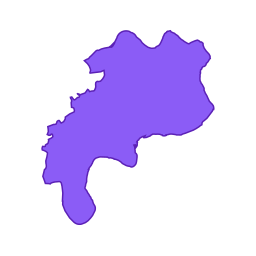 Ashmun, Al Minufiyah, Egypt, rotated 278°
{"feature_id": "37247803B18007255516355", "entity_name": "Ashmun", "entity_type": "district", "adm_level": 2, "iso_a3": "EGY", "parent_name": "Egypt", "parent_adm1": "Al Minufiyah", "projection": "robinson", "projection_center": [30.999, 30.299], "detail": "fine", "context": "isolated", "style": "filled", "palette": "violet", "viewbox_px": 256, "rotation_deg": 278, "n_neighbors": 0, "source": "geoboundaries", "source_scale": "gbopen_adm2", "svg_char_len": 5841}
<svg xmlns="http://www.w3.org/2000/svg" viewBox="0 0 256 256"><g transform="rotate(278 128 128)"><path d="M140.6,69.2L140.6,70.0L140.3,71.3L140.1,71.6L137.9,72.5L136.6,72.5L136.1,71.9L135.6,71.1L133.8,68.3L130.1,64.4L128.2,64.6L125.3,63.4L123.7,61.3L123.7,60.9L125.8,58.9L125.7,57.9L124.6,56.8L123.9,56.8L121.8,56.2L121.3,54.8L121.2,53.9L118.2,48.4L115.8,49.1L113.2,49.6L110.3,48.9L109.7,50.8L110.2,52.3L110.9,52.5L111.3,53.1L111.2,54.0L109.4,54.7L108.7,54.7L107.4,53.5L105.6,50.8L104.5,51.2L101.8,50.9L100.7,50.0L100.7,49.6L99.6,48.6L98.3,48.6L98.0,48.0L97.9,46.0L96.0,45.7L94.4,46.1L94.2,46.8L94.1,47.7L93.7,49.0L93.3,50.1L92.8,50.9L92.4,51.6L91.3,51.8L88.1,51.7L83.9,51.2L81.5,51.7L80.0,52.2L78.2,52.5L76.2,52.1L75.3,51.1L68.3,50.4L64.4,52.5L61.6,53.9L61.9,57.3L61.8,58.8L62.8,59.5L63.7,61.3L64.4,63.1L65.3,67.0L65.4,67.6L65.3,68.2L65.1,68.7L64.8,69.1L64.2,69.6L61.1,70.8L54.5,72.5L46.5,73.2L46.5,73.6L43.0,74.0L37.2,77.2L30.9,82.7L27.2,87.6L26.5,88.9L26.0,90.4L25.8,91.9L25.9,93.4L26.1,94.5L26.5,95.6L28.4,99.0L30.7,101.4L33.7,103.5L36.5,105.1L41.6,106.8L43.1,106.9L44.6,106.7L45.9,106.2L48.3,104.3L50.1,103.4L51.5,102.9L52.0,102.2L52.5,101.6L53.2,101.2L54.2,100.8L54.6,100.4L54.9,99.9L56.7,98.6L58.4,97.0L60.0,96.0L60.6,95.4L61.7,94.2L62.2,93.8L62.8,93.7L63.5,93.7L64.8,94.0L65.8,93.9L66.4,94.0L67.1,94.0L68.0,94.3L69.0,94.5L72.0,94.1L74.7,94.1L76.6,94.3L78.7,94.4L81.6,95.1L81.6,94.6L83.0,95.1L86.0,96.8L87.0,97.1L88.1,97.6L89.3,97.8L90.7,98.3L92.0,98.9L92.9,99.6L93.5,100.2L94.0,100.9L95.5,104.2L96.3,111.8L95.9,112.6L95.7,113.3L95.8,114.1L96.1,114.7L96.0,115.7L95.7,118.1L95.4,118.3L95.2,118.7L95.3,119.3L95.2,120.6L94.9,121.8L94.6,123.1L94.1,124.2L93.5,125.5L92.8,126.5L92.1,127.3L90.6,131.4L90.3,133.2L90.3,135.1L90.0,135.8L89.9,136.4L89.9,137.2L90.3,138.1L90.8,138.9L91.6,139.6L92.4,140.2L93.3,140.7L94.6,141.0L96.2,141.1L100.5,141.0L102.0,140.8L102.9,140.4L103.8,139.7L104.5,138.6L106.4,138.2L107.1,138.1L107.5,137.9L107.9,137.7L108.9,137.6L109.8,137.4L110.9,136.9L111.9,136.2L112.1,136.8L112.3,137.4L111.8,137.5L111.3,137.5L111.2,137.6L111.4,137.8L111.9,137.9L111.9,138.1L110.8,138.3L110.9,138.6L110.1,138.7L110.3,138.8L110.8,139.0L111.5,139.4L112.6,139.5L113.2,139.3L113.7,139.3L114.3,139.2L114.7,139.4L115.1,139.3L115.6,139.1L115.6,138.9L115.6,138.7L116.1,138.9L117.2,139.5L117.4,139.9L117.6,140.2L118.3,140.4L119.7,141.3L120.9,142.8L121.6,143.7L122.0,144.9L122.6,145.9L121.3,145.4L121.1,145.0L121.0,144.6L120.7,144.7L120.6,144.9L120.7,145.6L121.0,146.4L121.1,147.1L121.3,147.7L122.6,149.9L123.1,150.9L123.6,151.4L124.2,151.8L124.4,152.2L124.8,152.5L124.9,152.9L125.3,153.2L125.6,154.8L125.7,156.4L126.1,158.4L126.2,160.4L125.9,161.7L125.8,162.9L125.3,163.1L125.2,164.0L125.2,164.7L125.5,165.9L126.0,166.9L126.5,166.7L127.0,168.4L127.7,170.1L127.9,170.8L128.1,172.2L128.1,173.7L128.1,175.3L128.1,176.0L127.9,177.0L128.4,180.9L128.6,181.7L128.9,182.1L129.3,182.5L129.7,183.1L130.8,185.5L135.0,193.0L137.1,195.8L138.1,196.9L138.9,197.9L140.5,199.4L141.5,200.7L142.9,200.6L143.7,200.7L144.4,201.0L145.2,201.6L145.8,202.3L148.6,204.8L156.3,209.1L158.4,209.7L158.5,209.7L158.6,209.8L157.6,210.1L158.6,210.3L159.5,210.2L160.9,209.8L161.8,209.4L163.3,208.1L164.0,207.0L164.9,206.1L165.6,205.0L169.3,202.6L170.8,201.7L173.4,199.6L175.0,198.7L176.2,197.9L177.2,198.0L178.5,197.5L181.4,195.4L181.9,194.9L182.3,194.3L183.2,193.9L184.8,192.8L187.1,192.3L189.0,192.2L190.8,191.9L192.7,192.2L192.9,192.1L193.0,191.8L193.2,191.7L194.4,191.9L195.7,191.8L196.1,192.2L196.6,192.7L197.6,192.7L197.7,192.9L197.9,193.1L198.5,193.2L198.9,193.5L199.3,194.1L199.6,194.9L199.9,195.4L201.0,196.2L201.5,196.4L201.9,196.4L202.5,196.6L203.1,196.6L203.6,197.2L204.3,197.7L205.9,198.5L207.3,199.0L208.3,199.8L209.4,199.4L210.6,199.3L211.3,198.7L212.2,198.2L214.0,196.1L214.9,194.9L217.7,192.3L220.3,190.9L222.3,190.5L223.4,188.8L223.2,187.6L223.8,186.9L224.2,186.2L224.5,185.3L224.7,184.5L223.7,182.3L222.4,180.1L221.8,179.1L221.0,177.9L220.0,176.9L219.9,176.2L220.0,175.4L221.0,172.9L221.6,171.5L222.5,170.0L222.8,169.2L223.2,168.3L224.2,167.0L224.5,166.3L225.0,165.9L226.4,164.3L227.1,162.7L227.6,161.7L228.2,161.0L228.6,159.2L229.2,157.4L229.3,157.1L229.7,156.9L230.1,156.5L230.2,156.4L230.1,156.1L229.8,155.3L229.4,154.5L229.4,153.9L229.1,153.4L228.7,153.0L228.1,152.9L227.4,152.0L226.5,151.2L225.8,150.9L224.3,150.5L223.3,150.1L221.6,149.9L217.1,148.6L215.0,147.7L214.2,147.1L213.7,146.6L212.4,144.6L211.9,144.3L211.3,144.1L210.8,142.9L210.5,141.8L210.3,140.8L210.2,139.8L210.4,138.3L210.8,136.3L211.3,135.4L211.8,134.4L212.6,132.8L214.4,130.1L215.2,129.4L216.2,128.5L216.9,127.8L217.3,127.1L219.3,123.7L220.2,123.0L221.1,122.2L222.0,121.0L222.5,119.9L222.9,118.8L223.0,117.5L223.5,116.6L223.9,115.6L224.0,114.2L223.9,112.6L223.6,111.2L223.1,109.8L222.3,108.4L221.5,107.4L220.6,106.5L219.5,105.7L218.0,105.0L216.9,104.6L215.9,104.5L211.8,103.1L209.8,102.7L207.2,101.6L206.0,100.7L205.7,100.3L205.6,99.3L205.4,98.4L203.9,93.8L203.0,91.7L202.5,90.6L201.7,89.4L200.8,88.1L200.8,87.5L200.8,87.0L200.6,86.6L200.3,86.0L199.8,85.5L194.5,81.6L193.0,80.3L191.2,79.3L190.2,77.5L188.6,75.4L186.1,78.9L184.0,80.9L181.6,82.3L180.1,82.9L178.8,82.8L177.9,82.6L177.3,82.6L177.1,82.8L179.9,93.3L181.3,95.4L181.7,96.2L177.2,97.4L175.6,97.1L173.2,96.1L171.4,94.9L170.5,94.2L169.9,92.3L169.9,91.0L168.6,89.8L167.0,89.8L164.4,90.3L162.4,90.2L161.8,89.8L161.1,89.8L160.0,89.0L159.5,86.8L158.7,84.9L160.2,83.6L160.6,82.7L159.3,81.9L159.0,81.9L156.6,80.5L154.9,77.1L154.3,76.5L154.5,75.8L155.0,73.4L154.8,73.2L154.2,73.9L153.6,75.2L152.9,75.5L152.2,75.5L151.6,75.1L151.1,73.6L150.0,72.8L148.8,71.7L148.4,70.9L148.6,70.4L149.4,69.5L150.9,68.0L150.4,66.7L149.5,67.0L148.2,68.1L146.9,68.4L146.3,68.4L145.4,68.2L144.1,68.4L140.6,69.2ZM207.7,101.3L209.3,101.4L206.8,99.6L206.3,99.0L206.0,99.7L206.8,100.8L207.7,101.3Z" fill="#8b5cf6" stroke="#5b21b6" stroke-width="1.5"/></g></svg>